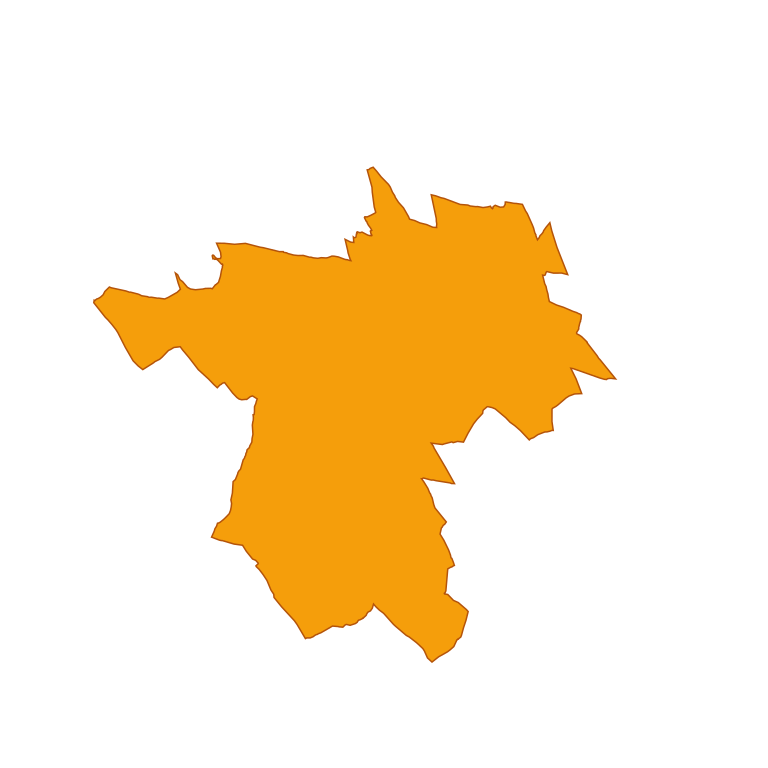 the district of Birkenes nor, Aust-Agder, Norway, rotated 231°
{"feature_id": "86288312B11283211528178", "entity_name": "Birkenes nor", "entity_type": "district", "adm_level": 2, "iso_a3": "NOR", "parent_name": "Norway", "parent_adm1": "Aust-Agder", "projection": "equal_earth", "projection_center": [8.204, 58.44], "detail": "fine", "context": "isolated", "style": "filled", "palette": "amber", "viewbox_px": 768, "rotation_deg": 231, "n_neighbors": 0, "source": "geoboundaries", "source_scale": "gbopen_adm2", "svg_char_len": 6171}
<svg xmlns="http://www.w3.org/2000/svg" viewBox="0 0 768 768"><g transform="rotate(231 384 384)"><path d="M405.0,614.4L403.9,608.9L402.7,604.6L401.8,603.1L401.3,600.9L401.1,598.6L400.1,596.7L399.5,594.0L403.7,595.4L404.3,595.9L406.7,596.4L411.1,598.4L414.3,599.4L426.3,602.6L429.3,602.9L436.5,604.6L441.2,600.3L442.6,598.7L446.8,595.1L447.0,594.7L448.1,594.0L449.1,592.8L447.8,591.6L447.4,591.4L446.3,588.4L448.3,585.5L452.9,582.9L453.1,580.6L452.9,580.0L452.2,579.6L452.0,578.6L453.3,578.3L455.2,578.6L456.5,575.8L458.8,572.0L463.0,568.4L464.1,566.9L468.1,563.0L470.3,561.8L475.6,556.2L490.4,547.5L492.9,545.5L497.7,542.6L501.3,539.8L479.8,528.8L477.4,527.0L475.1,525.7L473.6,524.1L472.5,523.4L475.1,520.6L481.0,517.5L486.7,513.2L491.7,510.7L496.0,507.6L498.7,508.4L508.6,510.0L516.1,509.6L521.9,510.2L523.5,510.8L527.8,511.3L533.1,512.8L536.2,513.1L547.0,512.1L554.0,512.2L559.3,512.0L560.3,508.9L560.1,507.4L561.0,505.7L544.5,498.5L540.3,495.5L527.7,487.8L522.6,485.6L522.5,484.6L523.4,480.0L524.4,476.2L526.0,474.3L525.6,473.5L521.8,472.6L521.0,472.8L519.7,472.3L517.1,471.8L513.8,471.7L511.1,471.2L511.5,469.8L511.3,469.5L510.6,469.4L509.7,468.7L507.5,468.3L507.0,468.0L507.0,467.7L508.1,466.9L508.0,466.5L509.9,465.1L515.9,462.5L516.7,460.5L519.1,459.0L519.0,458.2L517.8,457.7L518.0,457.0L515.9,454.8L515.8,454.2L516.4,452.9L517.5,452.7L513.0,449.6L515.2,447.4L520.9,444.8L510.4,439.7L508.5,438.6L502.2,436.2L500.7,435.9L501.9,434.8L503.9,433.6L504.5,432.8L505.7,431.9L511.6,428.4L514.6,425.8L516.2,424.0L517.5,420.0L518.4,418.3L521.7,414.7L523.3,411.7L526.5,408.5L528.6,407.0L529.3,406.0L534.7,402.2L537.9,398.1L541.0,395.0L545.8,391.5L547.2,390.9L549.6,388.8L550.3,389.0L552.7,386.0L566.0,375.9L568.3,373.8L580.5,364.8L586.6,355.8L593.7,348.6L598.8,342.5L589.3,339.9L585.5,337.5L584.4,335.9L586.2,333.4L588.0,332.6L591.1,332.6L591.6,332.4L592.0,331.9L591.9,331.4L591.4,331.0L588.9,329.8L588.5,330.5L587.4,330.9L586.5,332.3L584.5,332.8L579.4,333.1L578.9,333.9L577.8,333.5L577.4,332.6L576.5,332.0L574.3,328.9L570.5,324.5L567.1,319.3L567.0,315.9L567.2,315.4L566.1,310.5L567.3,309.7L570.7,305.3L571.8,303.0L575.9,296.8L579.6,293.4L582.8,292.1L590.3,291.9L593.5,291.1L598.8,292.4L601.5,291.7L591.8,287.5L585.8,285.4L585.4,281.0L587.1,270.8L588.1,267.1L592.5,263.0L593.1,262.1L597.8,257.9L599.3,255.9L600.7,255.2L605.1,251.2L607.6,250.1L608.9,249.3L614.8,244.9L615.5,244.0L618.7,242.0L630.4,232.6L632.2,231.6L631.6,225.3L630.1,221.9L629.9,218.3L630.3,215.6L630.8,214.5L630.9,213.0L630.7,211.7L631.5,211.5L629.8,209.6L629.1,209.6L611.2,209.4L607.5,209.8L601.5,210.0L595.1,209.9L591.5,209.5L575.1,206.0L559.9,203.6L552.8,204.3L547.0,205.6L545.5,218.4L545.6,219.8L544.4,225.2L544.5,228.3L545.7,237.7L545.2,239.5L544.6,243.7L541.2,249.1L537.0,248.9L527.6,249.1L512.0,248.7L498.2,250.8L490.9,251.4L486.0,252.1L486.5,255.6L486.2,257.4L486.3,258.9L485.4,261.0L472.2,260.7L466.1,261.2L463.5,261.9L461.3,263.5L459.2,266.7L458.4,267.6L458.3,272.1L457.5,274.3L452.2,276.1L450.8,273.8L449.5,272.1L447.9,269.1L444.0,265.9L442.0,263.8L442.5,262.9L440.3,261.5L438.0,259.5L437.1,258.2L434.9,255.8L427.4,250.5L424.7,247.2L422.0,244.7L420.3,240.6L419.2,239.3L419.3,238.6L419.0,236.1L417.5,234.4L417.0,233.1L415.5,231.4L415.1,230.2L414.1,228.7L413.7,226.9L408.1,218.9L407.7,216.2L406.8,214.3L406.2,213.7L403.3,208.4L403.1,205.3L394.6,197.5L390.3,192.1L387.1,190.4L384.6,187.9L382.3,185.1L380.6,182.1L380.1,178.4L379.7,174.2L379.7,169.7L380.1,167.8L380.6,167.0L378.9,164.4L377.9,161.5L376.5,159.5L373.5,153.6L366.3,157.8L364.7,159.0L364.2,159.7L354.0,166.7L347.7,172.6L340.4,171.7L330.7,171.7L327.7,173.3L323.9,173.5L323.5,173.1L323.3,170.1L322.6,169.8L318.4,170.3L311.9,170.1L304.9,169.4L295.1,166.5L290.0,166.0L287.3,164.2L275.2,164.2L256.4,165.4L251.7,165.1L235.6,162.7L235.3,164.2L233.1,166.9L232.2,169.9L232.1,172.5L231.9,173.5L231.4,174.5L231.2,176.0L230.4,178.3L228.3,191.6L224.4,195.7L223.5,196.3L220.9,199.0L221.2,202.3L220.8,203.5L217.8,205.8L215.8,211.1L215.7,213.2L216.5,215.4L215.8,217.1L215.1,220.3L215.4,220.5L215.2,220.9L215.4,224.2L215.6,225.0L216.2,225.8L216.8,228.0L216.2,230.7L217.1,233.8L219.6,237.4L216.1,237.5L211.3,238.1L206.1,239.4L204.4,239.5L191.3,240.1L188.5,240.5L174.6,243.1L171.5,244.4L162.5,246.5L154.0,247.7L151.2,247.4L143.7,245.4L137.7,246.3L137.6,254.9L135.9,264.8L135.8,268.1L136.0,273.0L139.3,279.7L139.1,280.1L139.3,281.1L138.9,281.3L139.1,282.0L139.0,284.3L139.9,286.0L144.6,292.5L148.7,298.9L154.2,306.2L156.8,306.1L167.4,304.2L172.1,301.8L180.3,301.1L182.7,299.0L183.1,299.0L183.4,299.2L183.4,300.2L184.3,301.9L200.2,317.2L199.7,320.2L199.1,321.8L199.0,323.7L198.7,324.5L201.5,325.6L205.8,327.0L206.8,326.7L209.2,328.0L214.2,329.7L225.0,332.2L232.1,333.1L236.0,338.0L236.1,339.1L236.9,341.0L236.8,342.9L237.6,345.6L255.6,345.6L259.0,346.8L265.2,349.8L267.7,350.3L269.1,350.9L270.7,351.0L275.3,352.4L282.9,353.4L286.6,353.6L286.3,353.9L286.3,355.0L286.0,355.6L280.1,359.9L279.1,360.8L278.7,361.6L276.1,363.6L267.2,371.6L265.4,373.2L264.3,373.7L262.2,376.1L280.0,379.2L302.7,382.6L304.5,383.2L308.3,383.5L300.2,391.3L299.7,392.8L296.3,400.3L294.9,400.8L293.1,405.0L288.8,409.2L292.9,418.4L296.7,428.6L298.0,434.3L299.1,442.2L300.9,444.0L301.3,445.0L301.4,449.9L301.0,450.5L297.6,453.2L294.6,454.8L281.2,457.4L274.9,457.9L269.4,459.4L262.0,460.7L249.1,461.7L249.3,463.3L248.2,466.5L247.8,471.8L245.5,478.8L244.2,480.5L242.9,483.2L242.2,485.4L241.4,486.3L249.1,490.9L258.8,498.8L259.0,500.1L258.4,503.4L258.3,506.0L258.6,516.9L258.2,520.3L256.3,525.9L252.1,531.6L267.1,536.5L278.7,539.1L276.9,540.7L253.0,555.4L249.0,558.2L247.4,559.8L247.5,561.0L246.4,562.8L245.4,564.1L242.2,567.2L267.0,567.2L268.8,567.0L271.8,567.4L288.3,567.8L288.5,568.2L289.3,568.2L296.3,567.4L299.0,566.6L301.4,565.5L302.2,565.6L302.8,566.1L304.2,570.0L305.2,570.7L308.0,574.3L308.8,575.5L308.8,575.9L310.3,577.4L310.4,577.9L313.4,580.7L315.1,580.3L316.3,579.5L318.2,578.7L321.5,576.6L330.6,571.8L336.8,567.8L344.0,564.4L347.7,566.2L350.7,568.0L354.7,569.7L357.8,571.3L360.8,572.0L368.8,575.8L367.5,576.9L367.3,577.9L368.8,580.3L368.9,581.3L363.5,585.5L358.4,591.9L353.4,595.6L381.3,604.4L397.5,610.8L405.0,614.4Z" fill="#f59e0b" stroke="#b45309" stroke-width="1.5"/></g></svg>